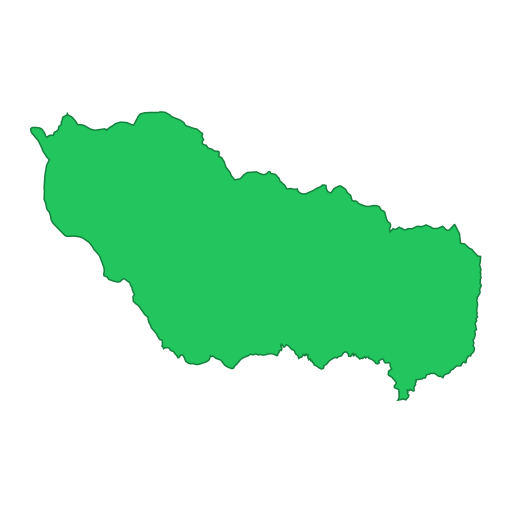 outline of Thathom, Vientiane, Laos
{"feature_id": "54806243B97647332692488", "entity_name": "Thathom", "entity_type": "district", "adm_level": 2, "iso_a3": "LAO", "parent_name": "Laos", "parent_adm1": "Vientiane", "projection": "natural_earth1", "projection_center": [103.67, 18.993], "detail": "fine", "context": "isolated", "style": "filled", "palette": "green", "viewbox_px": 512, "rotation_deg": 0, "n_neighbors": 0, "source": "geoboundaries", "source_scale": "gbopen_adm2", "svg_char_len": 6072}
<svg xmlns="http://www.w3.org/2000/svg" viewBox="0 0 512 512"><path d="M161.9,346.0L162.8,346.8L163.6,348.7L164.9,347.8L168.0,347.7L169.3,348.3L170.5,350.3L173.7,351.7L175.2,354.0L176.9,355.7L177.9,357.7L178.9,357.6L180.8,354.9L182.3,354.9L183.8,356.6L185.8,361.4L188.4,363.2L190.8,363.8L193.3,363.6L196.3,364.6L199.3,364.2L206.3,361.8L207.9,360.9L209.4,359.5L210.4,355.8L211.7,356.6L212.9,355.9L215.8,358.3L220.8,360.1L224.8,365.3L227.8,367.1L231.8,368.6L233.1,368.4L233.7,367.8L234.9,365.9L237.1,363.8L240.9,359.2L244.2,357.3L248.2,355.8L250.7,354.0L252.2,354.8L253.9,354.7L255.9,353.8L258.2,355.0L259.6,354.5L263.5,355.1L266.6,354.6L267.4,354.0L271.4,353.7L273.7,354.1L276.4,355.6L277.6,355.4L278.0,353.3L279.0,352.6L279.1,350.8L279.6,350.8L280.3,350.1L281.1,350.6L281.4,350.4L281.9,347.9L281.0,346.5L280.9,345.0L281.5,344.2L283.9,347.1L284.6,346.9L286.3,344.8L287.0,345.0L288.9,346.2L291.6,349.4L294.2,350.5L295.6,353.8L297.8,355.5L298.9,358.4L300.2,357.4L301.8,357.1L303.2,354.4L303.8,354.6L304.3,355.7L305.8,355.4L305.0,354.7L305.3,354.2L306.7,354.2L307.8,354.7L308.1,355.5L307.7,357.2L308.8,359.8L310.3,358.8L310.9,361.0L312.2,361.2L312.5,362.6L313.8,363.3L314.1,364.9L316.1,365.7L319.3,368.0L321.4,369.0L323.3,368.4L323.7,367.8L323.9,365.7L326.6,364.1L329.5,360.6L334.2,357.7L335.8,357.5L337.0,358.0L337.9,356.9L341.5,355.8L343.7,352.6L345.0,352.0L346.8,352.2L348.3,354.2L348.7,356.2L349.6,356.1L350.3,356.6L350.9,356.3L351.4,355.2L353.0,353.4L353.3,353.5L353.0,354.3L353.4,355.8L354.0,355.7L354.5,354.4L355.8,354.6L356.1,354.9L356.4,356.3L357.6,356.8L359.7,359.0L361.5,358.2L362.8,358.4L364.7,356.7L365.6,358.0L367.3,356.9L368.5,356.8L368.9,358.4L371.8,359.4L374.8,361.7L375.6,363.2L377.6,364.0L379.3,362.8L378.7,361.4L378.9,360.8L382.3,358.8L383.5,359.6L384.3,361.9L385.4,363.0L389.5,362.6L390.0,363.0L390.2,366.1L391.6,369.1L388.6,371.1L388.2,374.5L388.8,375.4L391.7,377.0L396.3,382.6L396.2,383.6L394.3,385.9L394.2,386.8L394.7,387.8L398.5,389.4L398.9,390.0L399.1,397.1L398.5,399.3L397.9,400.1L400.7,399.7L401.7,399.1L404.0,399.1L405.8,399.9L408.4,396.9L408.8,395.7L408.8,395.0L407.4,393.7L407.4,393.1L408.0,392.3L407.2,390.1L409.5,390.6L410.1,389.5L413.1,391.0L414.1,390.7L413.9,387.5L415.6,384.5L415.3,383.2L416.2,381.6L415.9,379.9L422.1,378.9L423.3,378.0L425.3,377.9L426.4,375.1L427.2,374.5L429.7,374.1L430.8,373.2L432.2,373.5L434.5,373.4L439.1,376.5L441.0,376.3L442.9,377.7L444.1,375.2L445.6,374.2L448.2,373.5L450.0,372.1L450.6,370.5L453.0,369.2L456.3,366.2L457.3,365.8L460.7,365.9L462.5,362.8L463.7,362.0L464.4,361.9L465.3,362.9L465.9,362.7L466.7,358.3L467.8,357.4L468.4,355.9L470.6,355.9L471.4,353.9L472.8,352.8L473.9,351.1L474.4,348.3L473.2,345.5L473.9,342.8L472.9,340.2L474.3,338.3L475.0,335.8L475.3,333.7L474.7,331.5L474.9,330.9L476.5,329.6L475.8,327.3L475.8,325.6L475.0,323.8L475.1,323.2L476.7,320.8L475.9,318.7L477.5,317.3L477.4,316.4L476.7,315.4L477.2,313.0L476.7,311.5L476.8,310.1L477.1,306.8L477.5,305.7L477.4,302.7L476.7,300.3L477.2,298.8L477.2,296.9L478.3,296.0L480.0,292.9L480.0,291.4L479.6,290.3L480.1,288.1L481.3,285.8L480.9,284.4L480.0,283.7L480.4,281.7L480.3,279.5L481.1,277.6L480.5,275.3L480.8,273.2L480.2,272.5L481.0,269.8L479.5,264.8L480.3,261.8L480.6,256.5L477.7,256.0L473.0,250.9L472.1,249.5L469.4,248.3L464.6,243.9L460.5,243.2L459.5,233.8L454.8,224.6L454.3,224.7L449.4,229.8L448.4,230.3L446.4,230.0L442.7,226.3L437.6,228.4L433.0,228.5L430.2,226.6L427.9,225.9L426.1,224.9L423.0,226.3L421.2,226.6L417.2,226.3L411.9,228.8L408.3,228.6L404.9,230.0L403.7,229.6L401.7,228.2L400.9,228.3L399.2,227.2L395.8,229.3L394.2,229.4L393.1,228.6L390.1,231.8L389.5,229.5L390.5,226.2L390.5,224.4L389.6,222.8L388.2,222.2L386.8,219.9L384.6,211.9L383.1,210.8L381.2,210.1L379.2,206.6L377.3,205.9L374.0,205.5L368.8,206.5L365.4,206.2L358.6,203.6L357.4,202.0L355.7,201.0L352.7,200.9L351.9,200.0L350.7,195.5L347.2,192.4L345.6,189.3L341.1,186.1L339.3,185.9L335.0,188.0L333.7,189.0L331.2,192.6L330.5,192.9L327.6,191.5L326.3,188.6L325.9,185.4L322.8,184.9L320.6,186.7L316.7,188.4L312.9,190.7L306.0,193.7L303.0,194.0L300.6,193.3L298.4,191.7L297.1,188.9L294.1,189.4L290.9,188.5L286.9,189.0L284.5,184.9L282.5,183.5L281.5,182.1L280.0,181.2L279.3,178.8L275.4,174.3L271.0,173.6L270.0,171.8L269.5,171.5L267.8,172.3L267.3,173.3L264.6,174.6L263.1,174.6L259.7,173.5L256.6,171.9L247.4,172.5L244.1,174.6L240.5,178.6L235.4,179.8L234.4,179.5L231.3,175.7L230.0,172.4L225.8,166.9L224.2,161.9L222.2,158.5L221.5,157.6L219.0,156.6L219.2,152.1L218.6,151.4L213.9,150.9L212.2,149.3L208.7,148.3L207.7,147.6L206.2,145.3L203.5,144.6L202.3,143.4L202.4,141.4L203.6,139.6L201.9,136.6L202.6,134.4L202.2,133.2L201.0,132.6L197.0,129.1L194.0,128.5L186.2,125.8L185.4,125.2L183.7,122.5L179.7,119.8L172.2,117.0L169.6,114.8L165.1,112.3L160.1,111.9L158.5,112.5L148.8,112.5L144.1,112.9L140.3,114.0L138.5,115.9L133.7,125.1L131.4,124.6L127.0,122.6L120.5,122.1L115.3,123.7L113.4,125.3L109.6,127.5L106.6,130.2L106.2,129.4L104.4,128.9L94.7,130.3L90.2,129.0L84.4,125.6L81.2,124.7L77.7,124.6L74.7,120.1L72.0,117.1L68.1,115.0L67.3,113.6L66.8,115.1L63.4,116.8L62.6,117.7L62.1,120.7L61.3,122.0L61.2,124.8L58.9,126.4L58.3,129.6L56.4,131.3L54.3,132.3L53.3,135.2L49.9,135.3L47.9,136.4L47.1,137.4L45.6,136.1L44.7,133.2L42.0,129.2L39.8,128.0L35.5,127.4L32.4,127.5L31.7,127.9L30.7,128.8L30.8,130.2L31.6,132.8L38.3,140.7L41.4,147.0L43.2,151.5L46.8,157.1L49.4,159.7L46.6,165.2L45.0,175.0L44.1,187.7L44.4,190.7L44.1,199.3L45.7,203.2L46.6,208.1L47.2,209.6L49.4,212.4L50.6,216.3L51.2,220.0L53.2,223.4L65.1,235.7L67.0,236.3L74.3,236.1L79.5,236.8L83.0,238.1L89.1,242.4L92.4,246.5L93.9,249.4L98.5,254.4L99.7,256.3L103.9,267.4L104.3,271.4L103.7,273.8L103.9,275.6L107.1,277.0L108.9,279.4L113.0,281.0L118.2,282.1L120.2,281.6L122.5,279.1L124.3,278.8L129.9,282.8L130.3,284.8L132.1,287.8L132.3,290.0L133.1,291.3L133.3,292.7L134.2,293.5L134.3,294.6L133.0,296.7L133.3,301.2L135.8,303.8L137.4,304.7L139.7,307.2L144.7,314.5L147.5,316.8L148.1,318.2L148.2,319.9L148.7,320.8L148.9,322.6L149.9,323.9L151.4,327.8L156.4,333.7L158.1,337.0L159.9,339.6L162.1,340.1L162.5,344.4L161.9,346.0Z" fill="#22c55e" stroke="#15803d" stroke-width="1.5"/></svg>